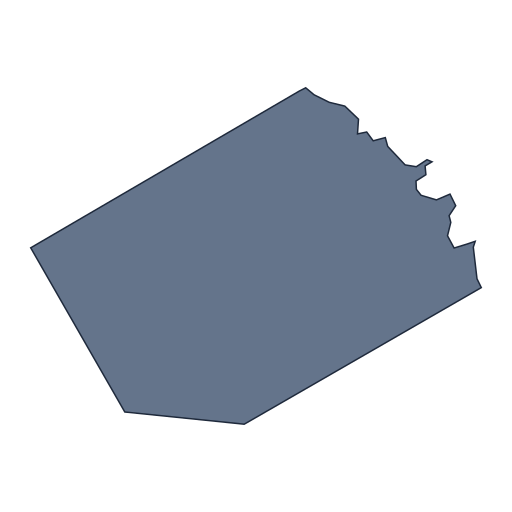 Navarro, Texas, United States of America
{"feature_id": "52423323B81183293432055", "entity_name": "Navarro", "entity_type": "district", "adm_level": 2, "iso_a3": "USA", "parent_name": "United States of America", "parent_adm1": "Texas", "projection": "albers", "projection_center": [-96.239, 32.063], "detail": "fine", "context": "isolated", "style": "filled", "palette": "slate", "viewbox_px": 512, "rotation_deg": 0, "n_neighbors": 0, "source": "geoboundaries", "source_scale": "gbopen_adm2", "svg_char_len": 560}
<svg xmlns="http://www.w3.org/2000/svg" viewBox="0 0 512 512"><path d="M244.2,424.2L481.3,287.6L477.0,278.8L473.3,247.2L475.2,241.3L466.9,244.1L454.1,248.0L447.5,235.8L450.8,222.4L449.1,215.7L455.7,205.7L450.0,194.1L436.4,199.9L421.1,195.3L416.4,189.4L416.0,181.0L425.9,174.7L425.1,165.9L432.0,161.8L427.0,159.7L416.3,166.7L405.1,164.9L387.7,146.4L385.3,137.6L373.2,140.8L366.7,132.0L357.5,133.9L358.5,119.2L344.8,106.1L329.2,102.3L314.1,94.8L305.7,87.8L299.2,91.1L30.7,247.8L124.8,412.0L244.2,424.2Z" fill="#64748b" stroke="#1e293b" stroke-width="1.5"/></svg>